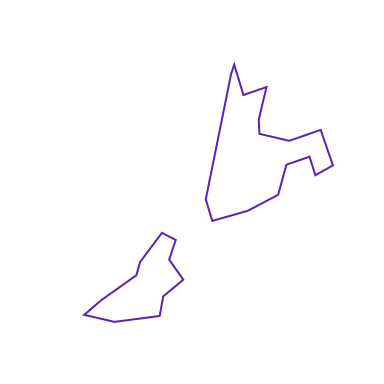 the District of East End, rotated 161°
{"feature_id": "AIA-5115", "entity_name": "East End", "entity_type": "District", "adm_level": 1, "iso_a3": "AIA", "parent_name": "Anguilla", "parent_adm1": "", "projection": "mercator", "projection_center": [-62.977, 18.266], "detail": "fine", "context": "isolated", "style": "outline", "palette": "violet", "viewbox_px": 384, "rotation_deg": 161, "n_neighbors": 0, "source": "natural_earth", "source_scale": "10m", "svg_char_len": 505}
<svg xmlns="http://www.w3.org/2000/svg" viewBox="0 0 384 384"><g transform="rotate(161 192 192)"><path d="M50.1,171.3L69.9,167.7L69.4,187.1L93.8,187.1L111.5,161.3L145.5,156.1L182.2,158.1L181.4,180.5L116.7,290.7L110.6,298.7L111.8,267.0L87.4,267.0L105.4,238.6L109.3,225.0L83.5,208.8L50.1,208.8L50.1,171.3ZM228.8,111.9L253.2,102.7L262.9,85.3L307.7,94.5L333.9,110.9L313.5,119.1L271.7,131.4L263.9,142.7L233.7,163.2L223.0,151.9L235.6,135.5L228.8,111.9Z" fill="none" stroke="#5b21b6" stroke-width="2"/></g></svg>